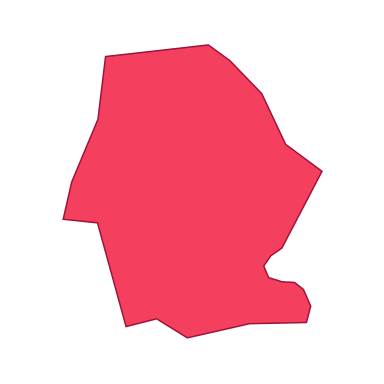 SVG path tracing the border of Buhweju, rotated 80°
{"feature_id": "UGA-5624", "entity_name": "Buhweju", "entity_type": "District", "adm_level": 1, "iso_a3": "UGA", "parent_name": "Uganda", "parent_adm1": "", "projection": "natural_earth1", "projection_center": [30.364, -0.352], "detail": "fine", "context": "isolated", "style": "filled", "palette": "rose", "viewbox_px": 384, "rotation_deg": 80, "n_neighbors": 0, "source": "natural_earth", "source_scale": "10m", "svg_char_len": 450}
<svg xmlns="http://www.w3.org/2000/svg" viewBox="0 0 384 384"><g transform="rotate(80 192 192)"><path d="M194.2,60.4L262.8,113.2L268.5,125.5L277.3,134.2L289.6,131.4L296.0,119.1L298.9,106.7L307.3,99.2L325.1,94.9L340.4,102.0L331.7,158.1L334.8,222.0L310.7,248.9L313.1,280.3L206.0,290.4L196.5,323.6L161.4,308.8L104.1,272.0L43.6,253.6L50.0,150.4L69.1,132.0L107.3,106.2L161.4,91.5L194.2,60.4Z" fill="#f43f5e" stroke="#9f1239" stroke-width="1.5"/></g></svg>